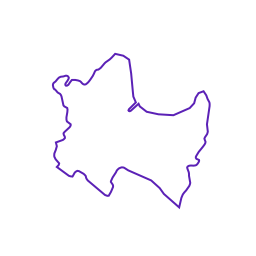 outline of South Tipperary, rotated 34°
{"feature_id": "IRL-5572", "entity_name": "South Tipperary", "entity_type": "County", "adm_level": 1, "iso_a3": "IRL", "parent_name": "Ireland", "parent_adm1": "", "projection": "mercator", "projection_center": [-7.948, 52.469], "detail": "fine", "context": "isolated", "style": "outline", "palette": "violet", "viewbox_px": 256, "rotation_deg": 34, "n_neighbors": 0, "source": "natural_earth", "source_scale": "10m", "svg_char_len": 2543}
<svg xmlns="http://www.w3.org/2000/svg" viewBox="0 0 256 256"><g transform="rotate(34 128 128)"><path d="M214.8,165.2L194.6,162.6L187.9,160.1L176.6,158.5L151.8,163.0L147.1,163.1L145.8,163.5L144.6,164.3L143.2,166.3L142.7,168.0L142.5,169.5L142.8,171.6L142.9,177.6L143.6,181.7L144.0,182.3L146.8,183.4L147.6,183.9L148.2,184.6L148.6,185.4L148.8,186.4L149.2,188.4L149.6,190.6L149.9,194.9L148.8,195.8L146.4,196.4L124.0,194.0L122.3,193.4L121.1,192.7L119.9,191.5L118.6,191.1L116.8,190.8L111.4,191.2L109.9,191.9L109.1,193.5L108.8,194.8L108.9,196.1L109.1,198.3L109.1,199.3L107.4,200.2L105.8,200.7L90.8,200.1L91.2,197.7L91.1,196.9L90.7,195.8L85.5,194.4L83.0,193.0L82.1,191.9L81.2,190.3L80.4,186.6L79.2,182.9L76.3,180.3L80.7,174.3L81.1,173.1L81.3,171.6L80.8,170.9L80.1,170.3L79.1,169.9L78.3,169.3L77.5,168.4L77.6,166.7L79.2,159.9L79.1,158.1L78.4,157.0L73.7,156.7L72.4,155.6L71.0,153.6L68.8,148.7L67.6,146.6L66.4,145.4L63.2,145.7L61.9,145.4L55.2,139.0L53.8,138.1L52.5,137.7L50.5,137.9L49.4,137.8L47.4,137.2L45.9,136.9L45.2,136.9L45.1,137.0L44.5,136.8L43.6,136.3L41.7,134.4L41.2,133.1L41.2,132.1L41.9,130.0L42.2,127.0L42.4,125.7L42.6,124.8L43.1,123.9L43.6,123.1L45.6,121.4L47.1,119.5L47.5,119.2L48.2,118.9L49.0,118.7L49.8,118.9L50.5,119.2L50.9,119.5L51.0,119.9L51.2,120.4L51.3,121.4L51.4,122.6L51.3,125.6L51.5,126.7L52.1,127.4L53.0,127.6L53.8,126.9L54.4,125.5L54.4,122.1L54.6,119.6L54.8,119.4L57.5,117.6L60.1,116.5L62.1,116.0L63.1,116.1L65.0,116.6L66.0,116.7L66.9,116.6L67.6,116.3L68.0,116.0L68.3,115.7L68.6,115.3L68.9,114.5L69.4,112.6L69.6,110.9L69.7,108.7L69.7,104.6L69.4,102.1L68.9,99.4L69.1,98.2L69.5,97.3L70.8,96.1L71.3,94.8L71.8,93.2L72.4,87.6L72.7,86.1L74.5,81.4L75.1,78.8L75.9,73.7L83.7,70.7L90.7,70.7L100.1,81.0L111.8,95.3L114.9,99.0L120.2,102.4L118.3,111.8L118.5,113.1L119.2,113.4L120.1,113.1L120.7,112.1L123.2,102.0L125.7,103.5L134.4,104.1L145.6,99.6L158.5,92.0L168.0,77.0L169.0,70.5L167.1,65.0L167.0,59.6L170.1,55.3L173.8,56.8L174.7,57.2L177.7,59.4L181.1,61.2L181.7,61.8L182.3,62.5L183.4,64.2L191.4,80.8L196.2,86.4L196.6,87.5L197.0,88.8L197.0,92.8L197.3,94.1L198.3,94.9L200.0,96.1L200.5,97.2L200.7,98.7L200.6,101.5L200.0,108.2L200.2,112.8L200.4,114.0L200.9,114.8L202.0,115.3L204.7,114.8L205.3,115.4L205.6,116.3L205.7,118.4L205.6,119.3L205.5,120.0L205.3,120.6L204.8,121.3L203.5,122.5L201.0,124.0L199.8,125.1L199.3,125.9L199.0,126.7L199.1,127.6L199.9,128.4L203.1,130.7L204.3,132.0L205.3,133.5L210.3,138.7L210.8,140.0L211.2,141.7L211.1,147.2L210.7,150.0L210.6,152.4L211.3,156.0L214.8,165.2Z" fill="none" stroke="#5b21b6" stroke-width="2"/></g></svg>